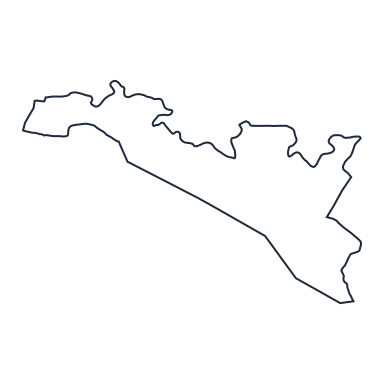 the district of Morne D'Or, Anse-la-Raye, Saint Lucia
{"feature_id": "8701671B88374512548949", "entity_name": "Morne D'Or", "entity_type": "district", "adm_level": 2, "iso_a3": "LCA", "parent_name": "Saint Lucia", "parent_adm1": "Anse-la-Raye", "projection": "orthographic", "projection_center": [-61.007, 13.949], "detail": "fine", "context": "isolated", "style": "outline", "palette": "slate", "viewbox_px": 384, "rotation_deg": 0, "n_neighbors": 0, "source": "geoboundaries", "source_scale": "gbopen_adm2", "svg_char_len": 5887}
<svg xmlns="http://www.w3.org/2000/svg" viewBox="0 0 384 384"><path d="M342.3,272.6L341.5,271.0L341.5,269.9L341.9,269.2L342.7,268.2L343.7,266.6L344.6,266.1L346.2,262.9L348.4,258.1L350.0,255.1L350.8,254.1L351.2,253.8L352.0,253.6L355.6,252.5L358.0,251.5L359.3,250.8L360.2,247.9L360.2,247.2L360.7,246.1L361.0,244.1L360.8,241.8L358.8,239.6L351.2,233.1L346.1,229.3L343.2,227.1L340.0,224.2L338.3,222.7L337.4,221.6L336.7,220.7L332.9,218.7L326.8,217.1L332.9,207.1L333.6,206.1L334.0,205.3L336.4,200.9L336.6,200.6L337.5,198.8L338.1,197.7L338.2,197.4L338.5,197.1L339.3,195.5L339.9,194.5L340.4,193.4L340.6,193.3L341.1,192.4L341.5,191.4L351.2,177.1L350.5,176.2L349.4,174.9L348.8,174.2L348.3,173.6L347.8,173.0L346.2,171.8L345.3,171.2L345.1,171.0L344.5,170.4L343.3,169.1L342.9,166.5L344.2,163.6L345.1,161.7L348.1,158.4L350.4,156.4L352.2,152.8L352.2,152.6L353.2,149.9L354.1,146.9L355.1,144.3L359.6,139.6L360.6,138.4L360.1,137.2L359.6,136.8L358.6,136.5L354.8,136.6L352.3,136.9L349.7,137.6L347.5,137.7L345.6,137.9L343.6,137.3L342.7,136.5L341.4,135.7L339.7,135.3L337.6,135.1L335.6,135.2L333.5,135.4L332.5,135.9L330.5,137.5L329.2,139.4L328.7,140.7L328.8,141.7L329.1,142.9L330.0,143.9L331.3,144.8L332.6,146.1L333.6,147.5L334.3,149.2L333.9,150.3L333.3,151.0L332.6,151.8L331.5,152.4L330.1,153.0L328.2,153.5L326.5,153.7L324.4,153.9L322.5,154.5L321.8,155.1L320.8,156.1L320.4,156.8L319.7,158.3L318.6,160.3L317.8,161.8L317.1,163.3L317.1,163.7L316.2,164.7L315.6,165.6L314.5,166.6L314.1,166.9L313.0,166.8L312.6,166.8L312.2,166.6L310.7,165.8L310.3,165.4L309.2,164.2L307.8,162.7L307.0,161.8L306.7,161.4L306.0,160.8L305.3,160.4L305.0,160.2L304.8,160.0L304.1,159.2L302.5,157.5L300.9,154.8L299.3,153.1L297.4,152.3L295.4,152.7L293.6,153.8L291.6,155.5L289.6,156.6L289.2,156.6L288.7,156.1L288.2,155.0L288.0,152.8L288.1,151.4L288.5,149.6L288.9,148.0L289.0,147.3L289.8,146.6L290.9,146.2L292.7,145.5L294.2,144.2L295.6,142.6L296.5,140.7L296.5,139.0L295.6,136.8L294.7,133.9L294.4,131.9L293.6,129.9L291.9,128.3L288.7,126.8L286.7,125.8L283.9,125.8L279.3,125.8L272.5,126.0L269.7,125.8L256.7,125.9L254.2,125.9L253.9,125.7L253.6,125.9L252.6,125.9L251.3,125.6L250.6,125.3L250.0,124.7L249.6,123.9L249.1,122.9L248.8,122.5L247.6,122.0L246.0,121.2L245.4,121.5L243.9,122.1L241.7,123.3L240.3,124.0L239.6,124.6L239.4,124.8L239.6,125.3L240.6,126.9L241.3,128.3L241.8,129.2L241.8,130.0L241.4,131.3L240.6,133.0L239.8,134.2L238.9,135.1L237.8,136.2L236.1,137.1L234.6,137.7L232.9,137.9L231.8,138.3L231.4,139.3L231.2,141.0L231.5,142.8L233.6,147.9L234.9,151.1L235.3,156.3L235.0,157.9L234.4,158.3L233.9,158.1L233.1,157.8L232.8,157.8L231.6,157.4L230.5,157.4L229.5,157.2L227.8,156.7L225.4,155.5L222.9,153.9L220.9,152.4L218.0,150.7L216.1,149.2L214.6,147.9L214.3,147.3L213.3,145.9L212.3,144.6L211.1,143.7L209.6,142.9L207.4,142.6L206.1,142.6L204.0,143.1L202.5,143.7L201.0,144.6L198.9,145.4L196.8,146.2L195.3,146.3L194.1,145.9L193.4,144.8L192.8,144.1L191.9,143.6L190.5,143.3L189.3,143.0L187.6,142.9L184.7,142.4L183.1,141.6L181.8,140.4L180.3,138.4L180.2,136.6L180.0,134.2L179.6,132.8L178.3,131.8L176.5,131.8L175.2,132.4L174.2,133.4L172.9,133.8L171.9,133.0L170.7,131.8L168.7,129.5L167.0,127.4L165.4,125.5L163.8,123.2L162.9,122.7L161.7,122.7L160.1,123.7L159.9,123.9L159.2,124.4L158.4,124.9L158.0,125.1L157.5,124.9L157.0,124.8L155.7,125.2L155.2,125.5L154.8,125.8L153.9,126.0L153.5,125.8L152.9,124.7L152.7,123.7L152.9,122.7L153.9,120.9L156.7,117.7L158.1,115.8L159.5,115.2L162.1,115.0L164.2,114.8L165.3,114.8L166.2,115.2L169.1,114.9L170.1,114.4L171.3,113.7L172.1,112.1L172.3,110.9L171.3,110.0L168.8,109.7L167.2,109.2L165.2,108.0L164.1,106.0L162.5,101.5L161.6,99.9L160.5,99.1L158.9,98.8L156.8,99.0L153.9,99.1L152.4,98.0L150.2,97.3L148.8,97.0L147.2,96.8L144.0,95.2L141.0,94.4L137.9,94.1L135.5,94.5L133.2,95.2L130.4,96.6L128.4,97.1L126.1,96.8L124.9,95.8L124.2,94.0L124.1,91.0L124.4,89.1L123.9,87.6L123.1,86.8L121.7,86.6L118.6,82.7L115.8,80.9L113.4,81.1L111.6,82.2L110.3,84.0L110.5,85.7L112.7,88.5L113.6,90.1L113.9,90.4L114.3,91.4L114.1,92.6L113.4,93.5L112.0,94.4L109.5,95.4L107.9,96.4L106.9,97.1L106.7,97.3L105.6,98.1L104.4,99.1L103.0,100.9L101.7,102.6L100.2,104.4L98.6,105.8L97.6,106.4L96.4,106.5L95.1,106.5L93.6,105.5L92.1,104.7L91.1,103.6L90.9,102.8L92.3,100.0L92.1,98.0L91.1,96.5L89.2,95.9L86.3,95.3L83.0,94.2L79.2,93.1L75.7,92.4L74.0,92.4L72.2,92.7L70.3,93.4L69.6,94.0L68.7,95.1L66.5,95.9L62.8,96.5L59.4,96.6L55.7,96.5L51.7,96.6L48.6,97.1L47.2,97.3L45.7,97.4L45.7,97.7L45.3,98.5L45.0,99.3L44.7,100.5L44.4,101.1L44.3,101.3L43.7,101.3L43.2,101.3L42.5,101.3L42.3,101.2L41.1,101.2L40.9,101.2L40.6,101.1L39.8,101.0L39.0,100.9L37.5,100.6L37.2,100.6L36.6,100.6L35.9,100.7L34.7,100.8L34.5,102.0L33.8,106.6L33.6,108.0L25.1,122.6L24.6,124.4L23.0,130.4L25.6,131.2L30.0,132.2L32.0,132.7L33.1,132.8L34.6,132.8L38.2,133.6L39.5,134.1L42.2,134.4L43.1,134.9L44.1,135.5L44.4,135.5L44.7,135.3L45.4,135.2L46.5,135.1L47.7,135.3L49.8,135.6L51.5,135.9L53.2,136.1L54.9,136.1L56.5,136.1L57.5,136.1L58.0,136.1L59.6,136.1L61.8,136.4L62.4,136.4L63.9,136.5L64.6,136.4L66.1,136.2L66.9,136.0L67.5,135.5L67.9,135.0L68.2,133.9L68.1,133.0L68.2,132.2L68.5,130.0L68.8,128.2L69.2,127.7L70.0,126.7L70.9,126.2L72.0,125.6L73.2,125.4L74.8,125.0L75.5,124.9L78.7,124.5L80.2,124.3L84.0,123.9L85.5,123.7L86.4,123.8L87.4,123.9L88.9,124.2L89.5,124.3L92.9,125.1L93.7,125.5L95.0,126.0L95.5,126.5L96.6,127.6L97.0,127.8L97.9,128.4L99.1,129.3L101.4,130.6L102.1,131.0L102.9,131.5L104.0,132.2L104.7,132.9L105.7,133.9L106.2,134.6L107.7,135.4L109.0,136.2L110.8,137.1L112.0,137.8L112.4,138.2L113.3,138.9L113.5,139.1L115.2,140.0L116.0,140.7L117.0,141.1L117.6,141.4L117.9,141.4L118.7,141.5L127.5,161.7L197.5,197.7L209.4,204.3L265.1,236.0L295.9,278.2L340.2,303.1L353.4,301.3L353.0,300.5L351.9,298.3L350.7,295.7L349.4,293.8L348.4,290.3L347.3,287.3L347.3,286.1L347.2,284.7L346.7,283.6L345.5,282.8L343.9,281.1L343.5,279.6L343.5,277.8L343.9,276.2L343.3,274.6L342.3,272.6Z" fill="none" stroke="#1e293b" stroke-width="2"/></svg>